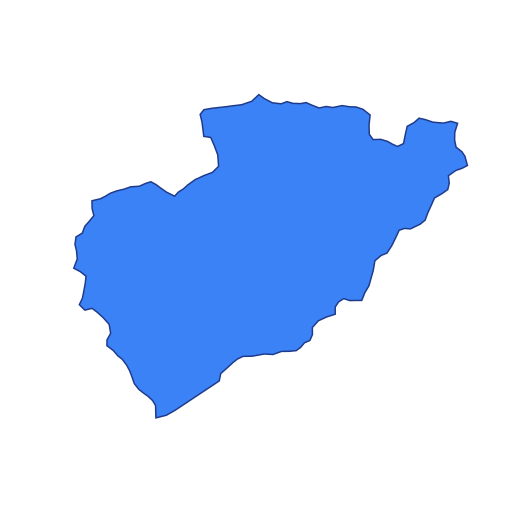 Camboriú, Santa Catarina, Brazil (Mercator projection), rotated 196°
{"feature_id": "56859067B78577950079276", "entity_name": "Camboriú", "entity_type": "district", "adm_level": 2, "iso_a3": "BRA", "parent_name": "Brazil", "parent_adm1": "Santa Catarina", "projection": "mercator", "projection_center": [-48.711, -27.063], "detail": "fine", "context": "isolated", "style": "filled", "palette": "blue", "viewbox_px": 512, "rotation_deg": 196, "n_neighbors": 0, "source": "geoboundaries", "source_scale": "gbopen_adm2", "svg_char_len": 2116}
<svg xmlns="http://www.w3.org/2000/svg" viewBox="0 0 512 512"><g transform="rotate(196 256 256)"><path d="M307.6,72.8L298.3,78.2L291.0,85.7L256.9,125.8L257.5,133.3L253.5,139.5L248.8,147.2L245.6,151.7L240.9,155.9L231.9,158.7L221.0,164.1L212.5,166.0L205.2,171.3L197.6,173.6L191.3,176.1L187.9,180.5L185.5,185.9L180.9,189.7L180.1,196.0L182.1,202.9L178.2,210.9L171.4,216.8L163.8,221.9L165.8,228.8L164.0,234.6L159.9,239.2L153.6,239.0L147.7,240.8L142.1,242.4L141.3,250.6L139.2,258.6L139.3,268.3L139.3,274.3L140.4,284.2L135.8,291.1L130.9,294.9L128.3,303.4L126.6,313.0L125.5,320.2L120.9,323.4L115.1,324.6L106.9,331.9L103.3,337.1L102.7,345.2L101.5,353.1L100.4,361.0L94.6,367.0L90.0,372.7L90.3,379.3L93.2,386.2L87.5,393.3L82.1,397.1L77.7,401.3L82.6,409.4L86.7,412.9L93.7,415.8L97.0,422.1L99.0,429.6L98.8,439.1L105.8,439.2L112.5,435.4L122.9,433.4L130.9,433.8L137.3,433.4L140.7,428.0L146.4,422.3L146.0,414.7L145.2,404.7L150.2,400.3L155.7,401.1L161.0,402.4L168.3,402.5L175.5,400.2L180.7,404.3L183.4,412.9L185.2,423.0L193.6,426.5L201.0,426.8L206.8,425.3L214.7,424.3L223.1,419.9L229.7,419.1L236.1,415.7L243.8,416.4L250.1,417.3L255.1,414.8L262.5,412.9L268.8,412.9L273.8,409.2L282.6,407.8L291.4,409.6L297.8,411.9L302.8,403.5L311.6,397.4L320.6,393.6L325.6,391.4L332.4,388.6L339.4,385.7L346.4,382.3L348.7,376.7L344.8,369.8L341.4,361.9L339.2,356.6L332.2,357.5L326.5,350.6L320.6,342.6L316.7,331.9L320.9,324.4L327.9,319.2L335.5,312.7L341.1,305.6L344.2,300.6L348.2,296.1L350.7,291.1L359.5,292.7L365.9,294.9L371.8,297.1L377.5,298.4L382.2,295.3L387.4,290.9L395.5,288.0L401.4,283.8L407.5,280.4L413.2,276.3L417.1,272.1L421.4,268.1L428.9,263.9L426.7,256.6L423.0,250.1L426.2,242.7L428.7,237.4L429.3,230.1L434.3,224.7L433.2,217.2L430.1,211.8L427.0,203.9L427.8,194.0L420.8,192.6L413.8,189.7L412.6,182.5L411.8,174.5L411.2,167.6L412.4,160.5L405.6,156.8L399.1,160.5L393.0,158.1L385.9,154.6L378.3,149.8L374.4,141.6L376.1,134.3L374.6,128.7L367.1,125.8L361.4,122.0L356.0,119.8L350.2,115.4L345.7,110.7L342.3,106.2L337.8,99.8L331.9,95.5L326.5,93.3L321.2,91.4L315.5,88.5L311.3,84.5L307.6,72.8Z" fill="#3b82f6" stroke="#1e3a8a" stroke-width="1.5"/></g></svg>